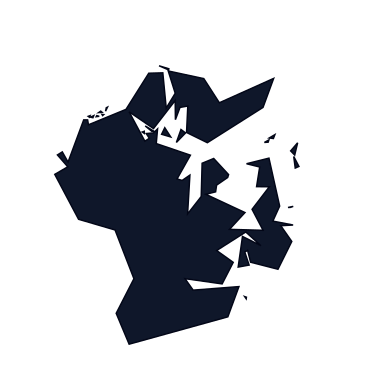 outline of Belmullet-Lea-3, Mayo, Ireland, rotated 154°
{"feature_id": "5873133B47562740874876", "entity_name": "Belmullet-Lea-3", "entity_type": "district", "adm_level": 2, "iso_a3": "IRL", "parent_name": "Ireland", "parent_adm1": "Mayo", "projection": "albers", "projection_center": [-9.902, 54.113], "detail": "medium", "context": "isolated", "style": "filled", "palette": "ink", "viewbox_px": 384, "rotation_deg": 154, "n_neighbors": 0, "source": "geoboundaries", "source_scale": "gbopen_adm2", "svg_char_len": 1953}
<svg xmlns="http://www.w3.org/2000/svg" viewBox="0 0 384 384"><g transform="rotate(154 192 192)"><path d="M307.6,268.0L305.9,217.2L277.8,191.6L282.2,139.5L313.3,116.2L315.2,82.8L214.5,64.1L191.3,86.4L234.0,103.3L236.3,117.2L205.2,96.2L185.8,110.7L195.5,128.6L161.2,132.5L153.6,113.5L166.1,129.9L183.4,104.3L172.7,101.3L170.9,114.9L167.6,115.2L170.1,103.2L148.6,84.9L124.0,103.8L127.0,122.8L115.6,118.0L132.1,130.4L119.4,140.9L108.0,188.7L130.6,193.5L120.2,184.8L131.6,168.5L120.2,162.8L145.6,150.1L144.9,126.4L174.7,142.0L153.4,150.3L180.6,183.9L170.7,181.8L166.9,187.4L153.6,189.4L151.5,191.6L157.8,212.6L170.3,213.4L185.7,183.9L205.6,174.2L186.5,208.1L195.8,206.7L199.7,210.3L177.3,225.8L202.9,251.2L195.3,263.8L200.7,262.0L207.5,264.6L206.8,259.0L212.1,258.3L213.4,291.7L198.8,265.9L167.0,281.6L175.2,264.3L165.7,273.3L158.1,271.1L170.8,247.9L156.6,229.6L91.1,236.9L68.8,258.3L128.3,260.2L131.7,288.7L160.3,311.2L163.8,288.1L178.4,278.7L166.0,311.9L178.8,317.7L215.1,295.2L255.6,297.8L254.2,302.6L257.7,304.3L290.3,273.2L291.0,284.9L296.7,284.3L292.6,269.1L307.6,268.0ZM174.5,253.0L184.3,243.4L171.9,247.9L174.5,253.0ZM194.0,257.2L187.0,250.8L188.3,261.7L194.0,257.2ZM85.0,179.3L88.7,168.3L84.7,168.1L85.0,179.3ZM85.3,185.7L83.5,180.2L75.5,189.9L85.3,185.7ZM166.3,319.9L159.5,312.0L158.8,312.9L166.3,319.9ZM201.6,264.3L205.1,271.9L199.6,263.3L201.6,264.3ZM98.9,206.7L95.4,204.4L92.4,207.2L98.9,206.7ZM232.1,305.3L234.3,302.5L230.8,305.3L232.1,305.3ZM110.2,135.0L107.3,134.7L112.5,136.0L110.2,135.0ZM105.2,204.8L101.7,203.4L100.1,205.1L105.2,204.8ZM248.5,302.2L246.8,303.7L250.5,303.8L248.5,302.2ZM238.9,301.2L238.8,299.9L237.5,300.3L238.9,301.2ZM242.2,300.7L244.1,302.4L245.1,301.7L242.2,300.7ZM238.6,304.7L241.0,304.3L237.9,303.1L238.6,304.7ZM190.5,74.9L190.1,72.3L189.2,73.6L190.5,74.9ZM252.1,305.5L251.4,304.2L250.2,305.3L252.1,305.5ZM210.4,267.7L209.2,265.6L208.3,267.5L210.4,267.7Z" fill="#0f172a" stroke="#020617" stroke-width="1.5"/></g></svg>